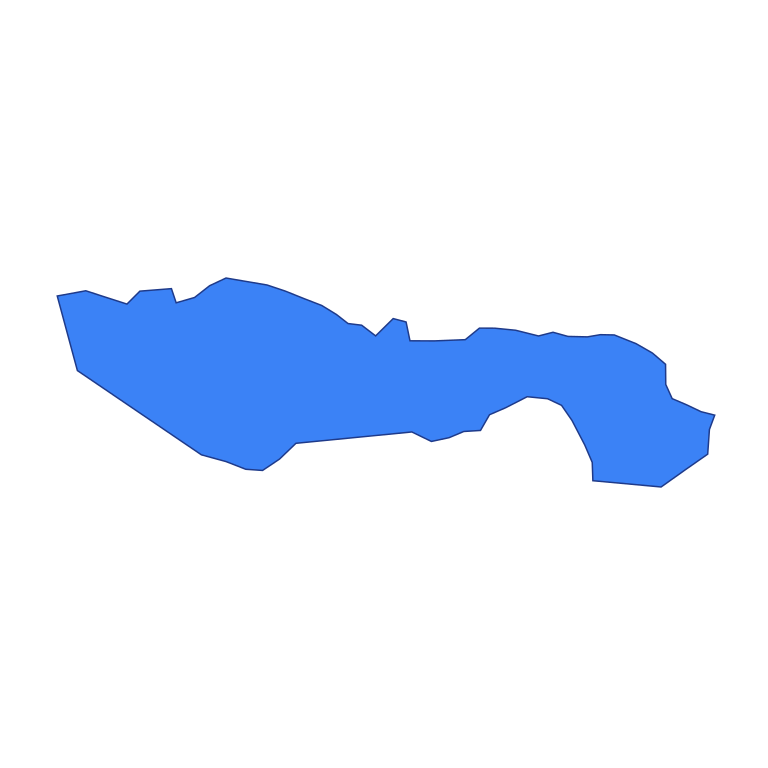 São Pedro da Serra, Rio Grande do Sul, Brazil, rotated 184°
{"feature_id": "56859067B70229317935644", "entity_name": "São Pedro da Serra", "entity_type": "district", "adm_level": 2, "iso_a3": "BRA", "parent_name": "Brazil", "parent_adm1": "Rio Grande do Sul", "projection": "mercator", "projection_center": [-51.521, -29.419], "detail": "fine", "context": "isolated", "style": "filled", "palette": "blue", "viewbox_px": 768, "rotation_deg": 184, "n_neighbors": 0, "source": "geoboundaries", "source_scale": "gbopen_adm2", "svg_char_len": 967}
<svg xmlns="http://www.w3.org/2000/svg" viewBox="0 0 768 768"><g transform="rotate(184 384 384)"><path d="M56.2,336.6L56.2,361.3L51.9,376.0L65.8,378.5L80.0,384.1L95.5,389.5L102.9,403.2L104.5,423.3L118.4,433.6L135.3,441.8L157.7,449.0L171.6,448.3L184.4,445.2L203.8,444.3L219.0,447.4L233.2,442.7L256.4,446.8L277.4,447.4L292.7,446.4L306.0,433.9L336.8,430.5L361.1,428.9L366.3,447.4L379.4,449.9L395.7,431.4L410.4,441.1L424.1,441.8L436.1,449.9L451.6,458.0L469.1,463.4L489.3,469.9L507.5,474.6L532.9,477.1L549.0,478.7L564.8,469.9L579.0,457.1L597.0,450.5L602.7,464.3L634.0,459.6L646.0,445.8L672.8,452.4L688.0,456.2L716.1,449.0L690.8,376.0L561.2,300.6L536.2,295.6L516.0,289.3L499.1,289.3L483.0,301.8L467.7,318.7L352.9,338.1L332.7,330.0L315.3,335.0L301.1,342.2L284.5,344.4L276.6,360.7L261.0,368.8L240.3,381.3L219.8,380.7L205.4,375.1L193.9,360.7L179.5,337.2L170.8,320.3L168.9,302.1L100.4,300.6L76.4,320.3L56.2,336.6Z" fill="#3b82f6" stroke="#1e3a8a" stroke-width="1.5"/></g></svg>